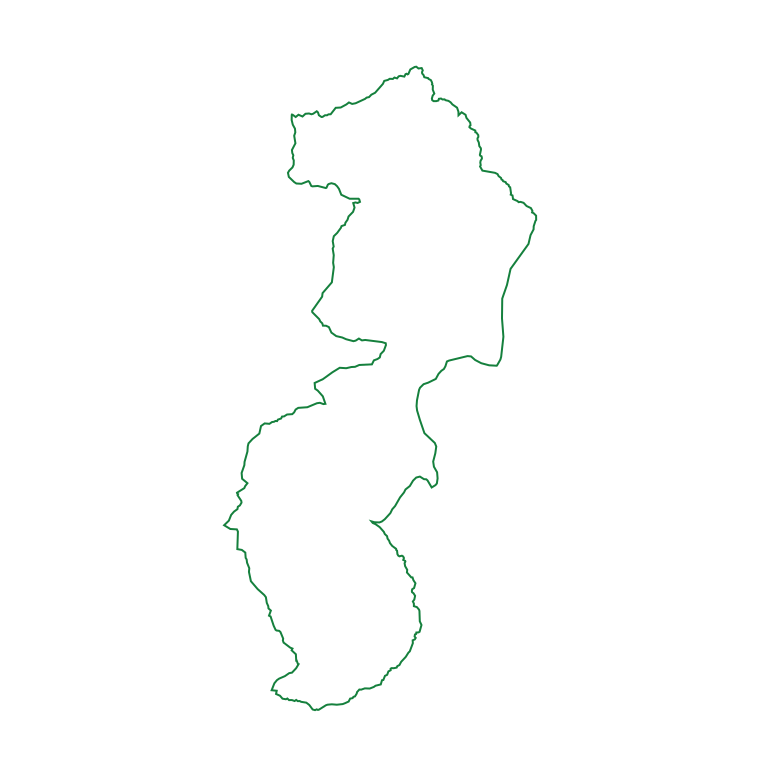 outline of Une, Cundinamarca, Colombia, rotated 164°
{"feature_id": "7082276B23040184298460", "entity_name": "Une", "entity_type": "district", "adm_level": 2, "iso_a3": "COL", "parent_name": "Colombia", "parent_adm1": "Cundinamarca", "projection": "mercator", "projection_center": [-74.093, 4.305], "detail": "fine", "context": "isolated", "style": "outline", "palette": "green", "viewbox_px": 768, "rotation_deg": 164, "n_neighbors": 0, "source": "geoboundaries", "source_scale": "gbopen_adm2", "svg_char_len": 6125}
<svg xmlns="http://www.w3.org/2000/svg" viewBox="0 0 768 768"><g transform="rotate(164 384 384)"><path d="M450.4,404.1L451.5,398.4L449.5,395.9L446.2,389.0L445.8,381.1L447.8,381.4L450.8,383.6L453.8,384.0L464.1,382.8L473.0,384.7L476.0,383.8L478.2,381.5L480.5,380.3L485.6,381.4L489.0,380.4L491.0,380.8L492.4,379.2L495.8,379.0L497.0,377.8L498.6,378.4L500.1,378.0L502.1,378.3L505.1,377.3L509.6,379.0L513.8,377.5L517.5,370.7L525.5,367.4L530.6,364.3L532.1,361.7L533.9,356.7L539.5,347.6L540.6,344.5L545.4,337.7L546.5,332.0L542.6,326.3L545.6,324.1L547.0,322.4L555.3,320.0L555.3,319.1L554.6,318.3L555.4,317.4L553.4,310.9L553.7,309.2L556.0,307.0L558.3,306.3L559.4,304.1L563.3,302.7L567.0,300.3L570.8,295.4L576.6,292.3L571.7,287.0L565.5,284.8L565.1,282.4L570.5,265.7L566.4,263.7L563.8,260.2L564.9,255.0L564.4,253.2L564.9,250.0L564.3,244.0L565.6,240.6L566.3,231.1L562.0,221.7L557.3,214.2L556.3,211.6L557.0,205.9L556.5,202.4L556.9,200.1L555.2,197.4L558.4,193.0L557.1,191.8L556.7,182.1L556.0,177.6L555.3,176.7L552.8,175.6L551.9,174.1L551.1,167.0L551.9,165.4L551.8,163.1L546.8,156.4L544.9,154.9L546.2,153.5L543.2,148.5L544.6,142.4L544.2,142.4L543.9,138.5L543.4,138.2L546.8,135.0L552.0,131.9L554.8,132.2L559.8,130.5L566.0,129.7L568.6,128.8L571.9,126.5L576.4,120.6L571.7,118.7L573.2,115.8L569.9,113.0L568.3,109.5L565.2,108.0L563.6,108.3L562.4,106.3L559.7,105.6L557.3,103.9L555.5,104.5L554.3,102.9L552.5,102.5L551.2,101.3L546.5,99.1L544.3,96.1L542.3,90.8L540.2,89.5L538.4,89.8L537.3,88.9L536.3,88.9L528.4,91.2L526.7,91.3L522.5,90.5L517.7,88.7L511.9,87.7L509.6,87.9L505.5,88.5L503.3,90.9L500.8,90.7L499.6,91.7L498.0,91.7L495.5,94.0L494.9,95.2L491.9,97.1L490.2,96.5L486.3,96.7L481.7,95.2L477.3,95.6L475.3,96.3L469.9,96.1L467.6,99.8L466.2,99.7L463.5,103.2L461.1,103.6L459.0,106.5L456.5,107.0L456.1,108.5L455.1,108.8L452.9,108.1L450.0,107.9L449.0,109.1L446.6,109.6L444.1,112.2L438.3,115.7L434.6,119.0L432.9,119.9L427.7,126.9L427.1,129.7L424.8,130.0L423.5,131.2L424.2,132.8L423.3,134.7L422.0,134.9L421.4,136.2L419.2,135.7L418.1,136.0L414.4,142.0L415.0,146.0L412.5,156.0L412.5,157.4L413.9,160.5L416.5,162.2L415.8,164.7L416.2,167.0L414.3,168.4L412.5,171.8L413.3,174.7L414.4,176.1L414.3,177.3L413.5,178.9L411.3,179.6L408.7,183.8L409.8,187.3L409.9,190.2L411.1,190.6L413.9,196.5L412.9,199.0L413.9,203.0L413.6,206.1L412.4,207.4L412.4,208.1L414.0,209.6L412.8,211.2L413.1,212.9L414.1,214.0L416.7,214.1L417.6,215.1L418.0,216.7L417.4,220.2L418.0,221.1L417.8,222.2L420.7,226.0L422.1,229.4L422.3,232.0L423.2,234.4L423.0,236.9L424.6,239.6L424.9,241.9L427.6,247.6L430.8,251.6L433.1,253.5L433.9,255.4L431.2,253.7L426.6,252.2L424.0,252.4L420.5,253.8L413.5,258.1L410.6,261.3L407.0,263.6L399.8,270.6L394.7,274.2L392.4,276.7L387.3,278.8L382.7,283.1L378.8,285.2L375.0,285.1L371.8,281.5L369.6,280.7L368.7,279.2L366.7,271.4L362.4,272.6L360.6,273.8L358.5,278.5L357.3,284.5L358.8,290.7L358.1,295.9L353.8,303.2L351.0,309.5L351.4,313.3L358.7,325.6L359.4,339.7L359.5,349.4L358.8,353.8L356.8,359.2L351.9,368.7L350.4,370.5L346.0,372.9L341.2,373.1L332.8,374.6L328.8,378.7L325.2,380.9L322.3,381.9L320.1,384.1L317.3,388.3L315.0,388.6L296.0,387.8L292.7,386.5L289.8,382.0L284.8,377.2L277.8,373.0L270.6,370.5L269.9,371.0L265.4,375.4L263.9,377.8L256.2,396.5L252.5,414.5L246.8,433.5L238.5,445.3L230.6,459.8L206.5,478.8L202.1,486.7L197.6,491.4L196.6,494.4L193.5,499.0L192.5,499.8L191.4,503.9L193.1,507.0L194.4,508.1L193.6,509.4L194.3,512.6L197.9,515.8L199.9,519.7L202.5,521.4L204.5,521.7L205.2,523.0L209.0,526.2L208.5,529.8L210.0,531.1L209.3,532.3L208.5,538.3L209.4,539.5L209.3,540.9L211.2,543.0L211.4,544.5L213.6,546.1L213.8,547.4L214.7,548.2L214.7,549.8L216.5,552.2L217.0,554.5L219.1,556.4L230.6,562.0L231.7,566.6L230.7,567.7L230.4,570.3L229.6,572.0L227.8,573.6L227.5,574.9L227.5,576.0L228.6,577.0L228.7,577.8L226.2,582.5L225.9,583.9L226.8,586.4L226.3,590.1L226.8,592.8L226.4,594.4L225.2,595.5L224.8,597.3L225.9,600.2L226.8,600.8L226.4,602.5L230.0,605.6L231.1,607.3L230.7,608.2L229.5,608.9L229.1,611.6L231.4,617.1L231.4,620.3L234.5,623.8L238.3,621.8L237.4,625.2L237.6,629.5L241.2,633.9L242.3,636.4L244.0,638.4L246.7,639.9L247.3,640.9L249.4,641.4L250.5,642.7L252.6,643.0L253.6,641.5L255.9,641.5L258.3,642.2L259.4,643.5L259.3,645.2L257.7,647.8L255.6,649.3L256.0,653.5L254.8,657.3L255.3,658.8L254.8,659.4L254.8,661.2L255.2,663.2L257.1,665.0L257.2,665.8L260.7,667.8L260.8,670.0L261.7,671.9L261.5,673.3L260.3,674.8L260.7,677.3L263.9,677.8L265.5,680.1L267.1,680.3L272.0,679.1L275.1,675.3L276.0,675.1L276.8,676.0L277.9,675.9L279.7,673.9L283.3,675.7L285.1,675.7L287.2,674.2L289.5,675.7L291.4,674.8L294.4,675.8L296.5,675.2L300.2,675.3L302.3,672.8L312.3,666.4L316.4,665.6L319.3,663.9L321.8,664.1L323.6,663.3L333.9,661.7L337.4,662.0L340.1,664.3L343.1,663.1L349.4,661.7L354.3,662.8L360.9,658.0L363.1,658.5L364.7,658.0L366.6,658.6L369.4,657.7L370.5,657.9L372.5,660.3L372.6,663.3L373.5,664.7L377.6,663.3L379.4,663.3L381.5,664.7L385.0,665.4L388.6,663.6L392.0,666.4L395.3,665.0L397.6,668.0L398.2,668.4L398.5,668.1L400.0,663.2L400.2,658.4L399.2,654.0L399.9,650.3L401.9,647.4L402.8,639.8L408.0,634.3L408.5,631.2L408.1,628.9L409.4,626.5L409.1,623.8L410.4,619.7L412.3,617.4L416.2,615.3L418.1,613.5L418.4,609.3L414.7,602.9L413.0,600.9L408.1,599.2L400.8,599.9L400.1,598.9L399.3,594.4L398.3,593.7L393.0,592.6L385.9,588.4L385.2,588.5L383.0,591.1L381.8,591.5L379.2,591.5L376.2,589.7L374.6,587.1L373.5,584.0L372.9,577.7L366.0,571.6L357.4,569.1L356.9,568.2L356.9,565.7L359.5,565.3L361.4,566.4L363.7,566.4L363.7,561.7L366.3,558.0L371.9,554.8L373.8,551.9L376.6,549.7L377.7,547.7L381.3,547.5L382.4,546.0L387.4,542.1L391.5,539.9L393.9,535.5L394.5,530.0L396.0,528.3L396.8,521.7L399.5,514.5L400.0,510.2L406.1,496.1L418.0,488.3L419.4,485.0L432.5,474.5L433.0,474.0L433.1,472.7L428.4,464.2L428.0,461.7L426.6,459.3L426.6,456.9L423.7,456.0L421.3,453.9L420.4,447.9L416.7,443.2L411.3,440.2L408.1,437.5L401.6,433.6L399.3,433.5L395.6,434.6L393.2,432.0L389.9,431.5L374.5,424.9L371.1,422.7L371.4,420.9L375.0,416.0L379.0,413.7L380.7,410.7L383.4,409.8L387.2,409.5L390.2,406.2L402.5,409.1L407.1,408.5L410.6,409.3L416.0,409.6L422.1,411.8L430.3,409.5L441.4,405.5L450.4,404.1Z" fill="none" stroke="#15803d" stroke-width="2"/></g></svg>